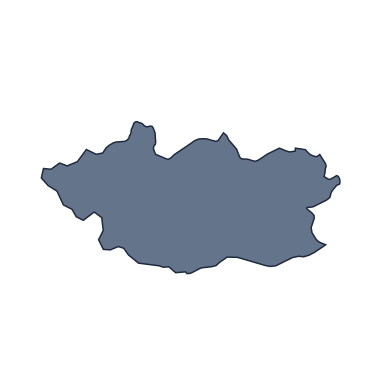 SVG path tracing the border of Gasa, rotated 207°
{"feature_id": "BTN-2437", "entity_name": "Gasa", "entity_type": "District", "adm_level": 1, "iso_a3": "BTN", "parent_name": "Bhutan", "parent_adm1": "", "projection": "robinson", "projection_center": [89.927, 28.037], "detail": "fine", "context": "isolated", "style": "filled", "palette": "slate", "viewbox_px": 384, "rotation_deg": 207, "n_neighbors": 0, "source": "natural_earth", "source_scale": "10m", "svg_char_len": 2296}
<svg xmlns="http://www.w3.org/2000/svg" viewBox="0 0 384 384"><g transform="rotate(207 192 192)"><path d="M49.0,205.7L49.8,204.0L55.6,193.6L59.0,188.9L63.0,185.0L67.9,183.1L72.7,179.2L83.9,164.2L88.3,161.3L92.8,159.9L121.8,154.4L131.1,150.0L135.4,142.0L137.1,137.4L140.8,134.2L149.0,128.8L151.1,126.3L154.9,120.8L157.0,118.4L159.6,117.0L161.5,117.9L169.9,112.7L178.7,114.8L183.3,112.0L187.9,111.3L207.4,104.3L220.1,107.1L227.3,110.9L232.9,109.9L238.5,103.4L244.9,100.6L253.6,107.1L253.6,117.4L260.8,128.2L270.1,129.7L276.0,117.4L283.9,117.4L291.1,122.1L300.7,122.1L312.7,131.5L323.1,132.4L332.6,136.1L335.0,145.5L327.9,148.3L323.1,157.7L315.1,158.6L307.9,167.0L305.4,181.9L294.5,182.1L292.9,183.3L289.2,186.3L288.6,192.1L287.1,195.8L284.5,200.0L282.3,202.1L274.6,206.8L273.1,209.5L272.7,211.9L273.2,213.5L273.0,215.7L273.2,217.0L273.8,218.3L274.3,219.7L274.5,221.0L274.6,223.8L274.9,225.6L275.0,227.1L274.4,228.6L273.0,229.7L270.5,229.9L269.0,230.2L267.5,230.3L264.1,229.3L262.5,229.4L261.2,230.0L259.7,231.3L258.5,232.1L257.1,232.3L255.0,230.9L251.7,227.8L246.9,219.7L246.4,218.0L246.4,217.2L246.6,216.5L246.9,215.7L246.5,214.4L245.7,212.7L241.7,209.1L237.8,209.3L229.8,209.9L228.6,210.2L227.5,211.0L226.4,212.6L224.7,217.4L214.5,235.8L213.6,237.9L212.0,240.1L209.8,242.5L204.9,245.2L202.2,246.2L197.3,247.1L196.1,247.5L195.0,247.7L193.9,247.8L192.8,248.9L192.1,249.8L190.8,259.0L186.8,258.0L185.8,257.3L183.0,255.1L171.7,250.4L165.8,245.2L164.5,244.3L163.1,244.1L161.4,244.6L158.5,246.0L156.8,246.6L155.2,246.9L153.9,247.1L150.7,247.7L149.5,248.2L148.1,249.6L146.6,251.8L142.0,260.1L134.0,270.8L127.1,271.3L123.2,272.0L118.6,275.3L119.8,278.0L110.2,281.2L105.7,279.5L103.8,279.1L102.2,279.1L99.4,279.3L97.8,279.8L96.8,280.2L95.2,283.4L86.1,278.0L85.2,277.1L84.2,275.8L83.8,273.6L82.1,269.1L81.4,265.7L76.1,265.3L74.5,266.2L73.9,267.2L72.4,269.3L70.7,272.1L69.8,272.4L69.0,272.3L68.1,271.9L67.4,271.5L66.8,270.9L66.2,270.3L65.6,269.6L65.1,268.7L64.7,268.0L64.1,266.1L66.1,263.7L67.5,257.7L67.7,255.4L67.6,253.5L67.1,251.9L66.7,249.7L67.3,248.2L68.4,246.0L76.8,234.5L78.0,233.3L79.3,232.4L80.6,231.7L82.3,230.5L82.5,229.7L81.8,229.1L75.8,227.8L72.6,226.5L71.1,223.9L69.7,214.4L66.7,210.3L60.1,206.3L58.0,205.5L54.7,205.1L49.0,205.7Z" fill="#64748b" stroke="#1e293b" stroke-width="1.5"/></g></svg>